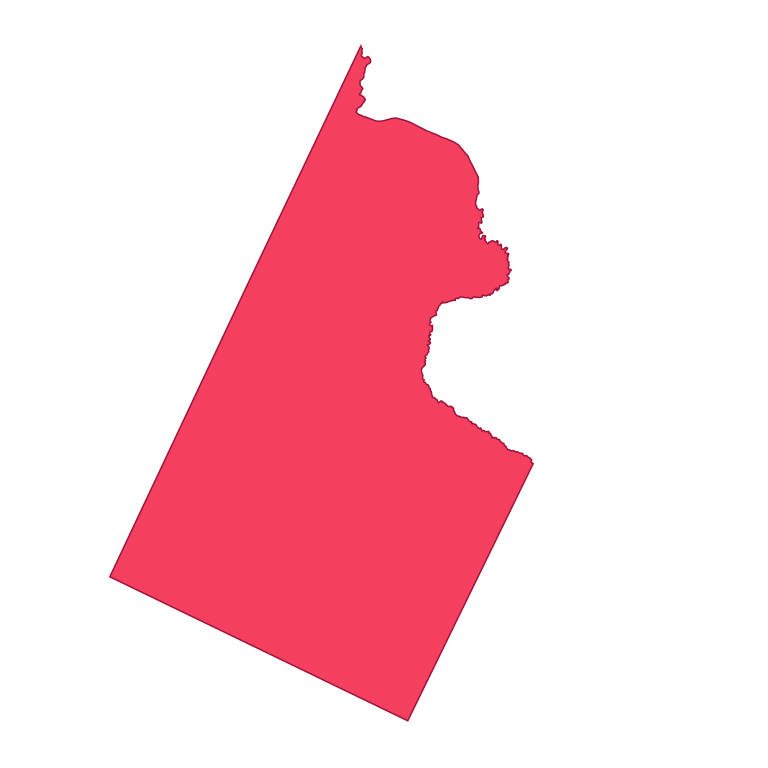 Puelén, La Pampa, Argentina (Mercator projection), rotated 206°
{"feature_id": "61730980B41536985277959", "entity_name": "Puelén", "entity_type": "district", "adm_level": 2, "iso_a3": "ARG", "parent_name": "Argentina", "parent_adm1": "La Pampa", "projection": "mercator", "projection_center": [-67.772, -37.589], "detail": "fine", "context": "isolated", "style": "filled", "palette": "rose", "viewbox_px": 768, "rotation_deg": 206, "n_neighbors": 0, "source": "geoboundaries", "source_scale": "gbopen_adm2", "svg_char_len": 6169}
<svg xmlns="http://www.w3.org/2000/svg" viewBox="0 0 768 768"><g transform="rotate(206 384 384)"><path d="M553.0,677.5L550.4,423.8L545.9,90.5L215.0,91.7L215.0,377.8L215.8,377.8L217.9,379.0L218.2,380.9L219.4,380.9L220.4,381.5L221.1,381.3L222.7,381.5L224.5,382.2L225.9,381.1L227.4,381.2L229.2,382.4L231.6,381.5L233.4,381.4L234.8,381.6L235.6,380.5L236.4,380.5L237.2,380.9L237.9,380.9L239.5,380.5L240.0,379.5L242.7,379.8L243.7,379.2L244.8,379.6L247.2,381.4L249.1,381.6L250.3,383.2L251.6,382.8L253.1,383.0L253.7,383.4L254.9,383.7L255.4,384.4L255.9,384.6L256.5,384.6L257.1,384.0L257.8,383.9L258.7,384.2L259.2,384.8L259.5,384.9L260.1,384.5L260.8,384.6L261.0,384.5L261.3,383.9L262.2,383.9L263.0,382.9L263.5,383.2L263.5,383.8L264.4,384.5L265.9,384.9L266.1,385.8L266.5,386.2L267.2,386.3L268.2,385.7L268.6,387.0L268.9,387.1L269.3,387.2L271.9,385.6L274.2,385.9L275.3,385.0L277.8,386.7L278.2,386.7L278.4,386.0L279.0,385.7L280.2,386.0L280.6,385.9L281.7,386.4L283.1,387.5L284.0,387.9L284.6,387.4L285.9,387.6L287.5,386.8L287.9,387.0L288.2,388.1L288.6,388.4L290.9,387.9L294.4,389.9L295.2,389.8L296.9,388.9L297.6,389.2L298.9,388.2L300.9,388.1L301.4,387.8L301.9,388.1L303.4,387.6L305.1,387.7L306.9,388.4L307.2,388.8L308.4,389.7L308.6,390.2L309.9,390.9L310.8,392.8L311.1,392.9L312.1,392.5L313.0,393.3L313.6,393.1L314.2,393.4L314.7,392.8L316.8,391.9L317.5,392.4L319.3,392.6L319.8,393.3L321.3,393.1L321.7,393.5L322.4,393.8L323.6,393.2L324.3,393.9L325.1,394.0L325.6,393.4L326.1,392.0L326.8,391.2L328.2,391.9L329.2,393.0L331.1,393.2L332.1,393.7L333.7,393.3L335.2,394.1L336.8,395.9L338.2,398.0L339.2,398.2L340.3,400.0L342.0,400.6L343.6,402.5L346.1,402.4L347.7,403.5L348.7,403.1L349.5,403.7L349.6,405.3L351.2,405.5L351.8,405.9L352.8,408.7L355.3,410.9L356.4,412.6L356.8,413.9L356.6,415.6L355.4,419.1L355.8,420.4L356.8,421.0L357.1,421.4L356.5,422.5L356.8,422.9L357.6,423.5L358.2,424.3L358.2,424.8L357.7,425.5L357.8,426.1L358.7,426.4L359.2,427.3L359.0,428.0L358.2,429.0L358.4,431.0L357.9,432.0L357.9,432.5L359.0,434.7L359.0,435.9L360.2,437.3L361.9,437.8L362.1,438.2L360.3,440.2L360.1,441.2L360.8,442.0L362.4,441.6L362.7,441.8L363.0,442.5L361.9,444.0L361.9,444.4L362.4,445.0L363.3,445.3L364.2,446.4L364.8,446.7L365.0,447.2L363.5,448.2L363.5,448.4L363.8,449.0L364.9,449.1L365.5,450.7L365.4,451.4L365.0,451.7L364.7,451.6L364.0,452.1L364.0,453.0L364.7,455.3L365.5,456.4L366.0,457.9L366.4,457.9L367.3,457.0L368.2,457.0L368.9,457.3L369.5,457.9L369.6,458.3L368.9,459.5L369.0,460.3L370.5,460.9L370.9,463.4L370.5,464.4L368.8,467.4L367.3,468.5L367.3,469.3L367.9,470.4L369.1,471.2L369.3,471.9L369.0,472.6L368.3,473.4L368.3,474.0L368.7,475.1L368.5,476.1L368.9,477.1L368.9,478.0L368.3,479.1L368.4,480.9L367.3,481.7L367.1,482.4L367.6,483.0L367.4,483.3L366.3,483.5L365.6,483.2L364.9,483.6L362.9,485.3L360.6,488.0L359.6,488.4L358.6,489.7L357.7,489.7L356.9,490.2L356.6,490.5L357.1,491.4L357.0,492.3L356.4,493.0L355.5,493.0L354.2,494.0L353.4,496.0L348.1,497.4L346.3,498.6L343.6,498.6L342.5,499.3L341.6,501.7L340.8,502.1L339.5,501.9L338.5,502.8L336.4,503.4L334.2,505.0L334.0,505.7L334.5,506.6L334.1,507.5L332.2,507.4L331.8,507.6L330.4,508.3L329.7,509.5L329.3,509.8L327.9,510.0L327.6,510.3L328.3,511.2L328.3,511.6L328.0,511.8L327.4,511.8L326.4,512.4L326.1,513.4L326.1,516.0L325.9,517.1L325.0,517.8L324.9,518.1L325.0,518.4L325.5,518.6L325.5,518.9L325.0,519.5L324.6,519.5L323.7,517.7L323.3,517.5L322.3,519.8L322.7,521.5L323.1,522.3L323.0,522.6L322.8,523.0L320.7,524.3L319.7,526.0L318.7,526.7L319.0,527.8L318.8,528.5L317.6,528.7L317.0,529.5L317.3,530.5L318.3,531.7L318.3,532.4L317.9,532.7L317.7,533.4L318.2,534.2L320.7,535.3L321.2,535.8L321.2,536.5L320.0,537.2L319.9,537.6L320.2,538.4L319.9,539.1L320.2,540.5L320.1,541.1L319.6,541.6L319.6,542.3L320.7,542.6L322.1,541.9L323.1,542.7L323.7,545.4L324.7,546.8L324.8,547.7L325.2,548.3L327.5,549.2L327.4,550.5L327.8,551.1L328.6,551.6L328.4,553.4L329.0,553.4L329.5,553.9L329.6,554.5L328.8,555.0L329.1,555.7L330.1,555.8L331.5,555.1L332.6,555.0L333.2,555.8L332.9,556.5L332.9,557.4L332.4,558.7L332.5,560.2L333.8,560.4L334.8,559.5L336.1,557.0L337.0,556.8L337.9,557.2L338.2,558.1L339.2,559.4L339.3,560.1L339.8,560.7L340.5,560.7L341.0,559.7L341.7,559.0L342.5,559.0L343.2,559.8L344.0,562.1L344.7,562.5L345.1,562.4L345.3,562.0L345.0,561.1L345.7,560.4L348.8,560.5L349.6,559.8L350.3,559.7L350.7,558.1L351.8,557.6L351.9,556.2L352.2,555.6L353.3,555.6L354.5,556.7L356.1,557.4L356.4,558.4L357.4,558.7L357.6,559.3L357.1,560.3L357.6,561.4L359.5,561.3L360.3,560.6L360.2,559.1L359.9,558.2L360.1,556.9L361.0,556.5L362.7,557.4L363.3,558.0L363.9,559.6L363.4,561.7L361.9,562.6L361.8,563.1L362.0,563.4L362.8,563.3L364.6,564.0L365.1,565.2L366.1,565.8L367.0,565.7L367.8,564.9L368.2,565.1L367.8,566.8L369.5,570.4L369.0,571.1L368.5,571.3L367.3,571.1L366.9,571.3L367.0,572.5L369.2,575.2L369.4,576.1L369.0,576.9L368.2,577.3L368.2,578.6L369.4,579.6L369.8,580.3L371.1,581.5L371.2,582.2L371.0,582.8L371.1,583.5L371.6,584.4L372.5,584.5L373.9,582.3L374.8,582.0L377.8,583.1L379.0,584.6L380.3,585.5L381.3,587.3L381.5,588.5L381.9,589.4L382.1,591.1L382.9,593.5L383.1,594.8L382.8,595.8L382.3,596.4L382.4,597.3L383.0,598.4L384.9,600.2L385.6,601.8L386.4,602.8L387.2,606.0L389.9,611.2L405.9,623.4L408.5,625.7L412.3,627.2L421.9,631.6L427.5,632.1L435.7,631.8L439.5,631.1L445.8,631.1L456.5,630.3L476.0,630.7L481.9,629.9L489.8,628.3L493.1,626.3L500.4,619.9L502.9,618.4L506.3,616.9L517.6,615.9L518.9,615.4L521.8,615.5L524.6,615.1L526.6,615.4L527.4,616.1L528.0,615.9L528.4,616.7L528.2,618.4L528.9,619.2L528.9,619.7L526.5,623.4L526.2,624.7L526.1,627.0L525.3,630.7L525.4,631.1L526.6,632.4L527.4,632.8L528.8,633.3L529.9,633.1L531.0,633.7L532.1,633.1L533.0,633.3L533.1,634.1L532.5,635.3L532.8,637.9L532.5,640.2L534.2,641.2L535.4,641.4L536.0,641.8L536.7,642.5L537.4,644.0L538.2,645.2L538.2,646.4L537.0,648.8L536.6,650.9L537.9,653.3L538.1,654.2L537.9,655.3L538.8,658.1L539.7,660.1L539.3,661.4L539.3,663.3L537.3,666.6L537.2,667.3L537.5,668.4L538.8,669.8L540.9,671.1L541.6,671.1L542.2,671.1L542.8,670.4L543.1,669.5L544.1,668.4L546.0,668.1L546.6,668.7L547.5,668.8L548.3,669.3L548.6,669.8L548.5,670.8L548.7,672.1L550.0,673.5L550.1,674.8L550.6,675.8L552.6,677.0L553.0,677.5Z" fill="#f43f5e" stroke="#9f1239" stroke-width="1.5"/></g></svg>